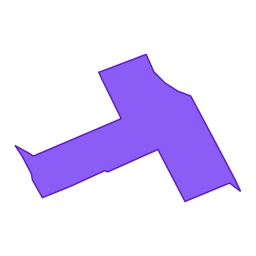 Bujoru, Teleorman, Romania
{"feature_id": "2599482B95855728618173", "entity_name": "Bujoru", "entity_type": "district", "adm_level": 2, "iso_a3": "ROU", "parent_name": "Romania", "parent_adm1": "Teleorman", "projection": "robinson", "projection_center": [25.511, 43.706], "detail": "fine", "context": "isolated", "style": "filled", "palette": "violet", "viewbox_px": 256, "rotation_deg": 0, "n_neighbors": 0, "source": "geoboundaries", "source_scale": "gbopen_adm2", "svg_char_len": 520}
<svg xmlns="http://www.w3.org/2000/svg" viewBox="0 0 256 256"><path d="M240.6,191.4L235.5,180.6L224.8,160.1L212.1,136.1L190.7,96.0L177.7,91.1L164.7,82.8L153.7,71.6L146.2,54.5L143.3,55.4L121.1,63.9L98.8,72.3L102.4,80.2L116.2,108.3L119.4,114.8L121.1,118.7L84.2,134.4L33.3,156.1L30.4,154.1L15.5,145.8L15.4,146.0L22.7,157.1L31.3,173.7L32.5,180.1L42.4,197.6L70.1,186.5L104.6,170.7L107.7,171.9L157.9,149.5L185.0,201.5L189.5,199.6L194.1,197.7L229.6,183.0L240.6,191.4Z" fill="#8b5cf6" stroke="#5b21b6" stroke-width="1.5"/></svg>